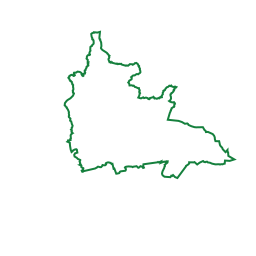 the district of Chinantla, Puebla, Mexico, rotated 48°
{"feature_id": "50627088B55612917364401", "entity_name": "Chinantla", "entity_type": "district", "adm_level": 2, "iso_a3": "MEX", "parent_name": "Mexico", "parent_adm1": "Puebla", "projection": "albers", "projection_center": [-98.289, 18.228], "detail": "fine", "context": "isolated", "style": "outline", "palette": "green", "viewbox_px": 256, "rotation_deg": 48, "n_neighbors": 0, "source": "geoboundaries", "source_scale": "gbopen_adm2", "svg_char_len": 5685}
<svg xmlns="http://www.w3.org/2000/svg" viewBox="0 0 256 256"><g transform="rotate(48 128 128)"><path d="M222.5,70.0L215.9,72.1L213.1,69.9L212.8,70.1L212.1,69.9L210.9,68.8L211.2,71.7L207.2,71.8L205.6,71.2L203.4,71.3L202.1,71.0L198.8,69.1L196.3,71.8L194.4,70.9L193.0,69.8L191.4,69.2L189.2,69.1L184.4,71.2L183.2,72.8L181.9,72.2L180.7,72.5L177.5,71.8L173.1,76.9L171.9,78.0L169.1,79.7L166.2,81.0L165.1,80.7L164.3,80.9L162.9,82.9L159.7,83.9L156.5,85.7L148.5,92.9L144.7,86.7L144.1,85.2L143.7,84.8L143.7,84.3L143.1,83.6L142.9,82.7L142.5,82.4L142.8,80.0L143.1,79.7L142.8,78.9L141.9,78.4L141.5,77.7L141.5,76.9L140.9,76.6L140.5,76.9L139.9,76.7L139.9,77.0L139.3,77.1L139.3,77.3L137.6,78.7L136.6,78.8L136.2,79.3L135.5,79.4L135.7,78.4L135.0,76.4L133.5,75.2L132.4,74.8L131.4,73.9L131.5,73.2L131.1,72.3L131.4,71.8L131.3,70.1L130.5,68.9L130.9,68.7L130.8,68.4L130.2,68.0L130.2,67.4L129.8,67.1L129.7,66.3L130.1,65.0L130.0,64.7L129.5,65.1L129.0,65.1L128.5,65.7L128.6,66.1L127.7,66.9L126.8,67.5L125.4,67.5L125.5,68.1L125.3,68.4L124.2,69.0L124.3,70.5L123.7,71.9L123.7,72.3L123.9,72.8L123.8,73.6L124.5,75.1L124.2,75.9L124.4,76.5L124.0,76.7L124.0,76.9L124.7,77.3L125.1,78.7L126.2,79.5L126.6,81.4L127.8,82.2L127.3,83.0L126.8,82.9L126.6,83.6L126.8,84.1L126.4,84.4L126.4,84.6L126.7,85.1L126.0,85.6L125.6,87.0L124.3,87.7L123.8,88.6L122.9,88.5L122.7,88.2L121.9,88.3L122.0,88.6L120.4,91.8L120.9,92.4L120.8,93.0L120.0,93.5L119.0,93.4L117.4,94.3L116.5,96.1L115.4,96.2L114.7,98.5L113.1,99.6L112.4,99.6L112.2,99.8L111.4,97.8L110.5,96.7L110.2,95.7L109.7,95.6L109.2,95.8L108.6,95.0L108.2,95.0L107.8,94.0L106.6,93.8L105.7,93.2L105.0,94.0L103.1,94.7L102.2,95.4L100.3,95.4L99.9,96.2L98.8,96.6L97.4,98.4L95.8,97.4L94.4,97.4L94.3,96.5L93.9,96.1L93.7,95.3L94.2,92.8L93.2,91.6L92.3,91.6L92.3,91.2L92.4,89.0L93.4,87.8L93.6,85.9L93.9,85.2L94.9,84.5L94.9,83.4L95.1,82.5L94.9,81.5L93.9,80.7L92.4,80.1L92.3,79.8L91.7,79.3L90.5,79.2L89.4,78.3L88.9,78.7L88.3,78.3L86.7,77.9L86.1,78.2L85.3,78.2L84.8,79.2L84.5,79.3L84.5,80.8L84.2,82.1L83.6,82.1L81.8,83.9L81.8,86.1L81.4,86.3L81.1,87.0L80.2,87.5L80.2,88.0L77.2,89.9L76.4,90.3L75.8,90.1L74.6,91.6L74.4,91.6L73.9,92.6L73.6,92.5L73.2,92.7L73.0,93.3L72.4,93.5L72.3,93.9L69.1,96.0L68.6,95.9L68.1,96.9L67.3,96.5L66.7,97.7L64.1,96.7L63.5,96.0L63.4,95.3L62.9,94.5L62.1,94.2L61.9,93.4L60.7,93.6L59.2,93.4L58.9,93.6L58.0,93.4L52.9,94.8L51.0,94.8L50.5,94.6L49.3,92.9L46.6,90.8L45.2,90.2L44.4,90.1L43.9,89.7L43.4,89.7L43.3,89.3L42.3,89.3L41.7,88.8L37.8,84.5L36.6,86.9L34.6,88.7L34.7,89.1L34.4,89.3L33.9,89.5L34.0,90.2L33.5,91.3L33.5,92.4L35.9,94.0L37.2,94.3L37.9,95.1L38.5,95.2L39.0,94.8L39.2,95.0L40.0,95.1L42.0,96.7L42.5,97.7L42.4,99.1L42.9,99.9L42.6,100.7L42.6,101.7L44.5,103.6L45.5,104.2L45.6,105.0L46.5,106.6L47.2,107.3L47.9,107.0L48.1,107.2L47.9,108.1L47.1,109.0L47.1,109.9L47.6,111.0L48.7,112.0L48.8,112.4L50.4,112.3L52.2,114.0L52.7,113.5L53.1,114.5L53.6,114.4L53.8,114.6L53.7,115.2L54.0,115.4L55.0,115.6L55.1,115.8L54.7,116.3L54.9,118.1L55.4,118.3L56.0,120.2L56.5,120.6L56.3,121.7L56.6,122.1L58.2,122.7L58.7,123.6L58.1,124.1L58.0,124.7L59.4,126.2L59.3,126.7L58.5,126.9L57.0,126.6L56.6,125.9L55.5,125.9L54.1,126.3L52.3,127.8L52.1,129.5L50.8,131.1L51.1,131.7L53.2,132.2L53.2,133.1L52.9,133.6L51.6,133.8L50.7,134.4L50.3,135.5L50.2,137.0L50.7,137.2L50.7,138.6L51.1,138.8L52.6,138.8L53.2,139.2L54.4,139.0L54.6,139.4L56.1,138.9L56.8,139.5L57.6,139.5L58.1,140.1L58.6,140.2L59.3,140.0L61.0,141.6L61.4,141.7L62.6,142.6L63.0,143.1L63.1,143.9L63.8,144.2L64.1,144.7L64.8,145.2L65.1,144.9L66.2,145.1L67.2,147.3L67.3,148.9L67.4,150.9L66.8,154.2L66.8,155.6L67.3,158.2L68.6,159.7L68.8,159.9L69.5,159.7L70.3,160.0L71.8,159.7L72.3,160.2L74.0,160.3L76.8,161.3L77.2,162.0L79.3,163.3L79.5,164.0L80.3,164.6L82.5,164.5L83.8,166.1L85.1,165.8L87.6,167.1L89.2,167.6L90.0,168.8L90.2,169.3L90.1,169.6L91.4,170.9L91.2,171.4L92.5,171.6L92.6,172.2L93.6,172.5L94.6,172.5L94.2,173.2L94.7,173.5L94.6,174.0L95.0,175.5L97.1,177.1L97.7,177.6L97.6,178.4L98.5,178.8L98.0,179.9L97.1,180.8L97.6,181.6L97.6,182.2L100.0,181.1L102.3,182.9L105.8,185.1L108.1,186.0L108.2,184.7L107.9,184.1L108.3,182.2L109.1,180.7L109.8,180.5L112.4,182.1L111.4,184.3L112.0,186.0L113.5,186.8L115.8,186.0L117.3,186.0L119.8,184.9L120.3,185.4L120.6,186.5L121.9,186.9L122.9,188.2L123.5,188.1L123.3,188.5L123.8,188.3L123.8,187.6L124.8,187.8L125.8,188.8L127.3,188.5L127.9,188.1L128.5,188.5L128.6,189.2L129.1,189.5L128.7,190.9L129.8,191.3L130.3,190.9L130.4,189.8L136.1,179.5L136.6,177.4L136.5,176.6L136.7,176.1L138.5,174.9L139.1,174.1L138.9,172.6L138.5,171.7L139.6,170.9L140.5,169.7L140.4,168.6L140.1,168.4L140.0,168.6L139.5,168.3L139.4,167.5L140.2,165.8L141.3,164.9L142.3,164.5L142.4,164.2L143.8,164.3L144.2,163.5L148.7,166.0L149.0,165.3L154.1,167.3L154.6,166.6L155.6,164.8L155.5,164.1L155.1,163.4L155.3,162.5L158.0,158.5L157.7,157.7L157.2,157.1L156.5,156.8L155.4,156.8L155.2,156.0L155.7,155.0L156.9,153.3L159.3,151.0L160.2,150.7L160.4,149.8L161.9,147.6L162.0,147.3L162.6,147.1L164.4,147.0L164.8,146.0L164.7,144.3L166.1,143.4L167.8,143.5L168.1,142.7L166.5,142.2L165.3,140.8L173.2,129.1L173.3,128.4L174.1,128.2L175.0,125.6L175.8,127.1L177.2,123.6L178.6,122.9L178.3,121.9L179.3,120.8L180.1,121.8L179.9,125.3L180.2,125.3L181.1,126.2L181.0,126.5L181.9,127.8L183.3,131.3L184.5,133.1L185.5,133.7L186.4,133.9L188.6,133.5L192.9,129.4L192.4,127.7L193.2,127.3L193.1,126.0L195.9,125.9L198.2,124.8L195.3,110.5L195.0,110.2L195.4,107.7L195.3,106.3L194.4,105.5L197.5,102.2L197.8,101.4L201.4,101.0L201.7,97.9L202.8,94.3L203.0,94.2L204.1,94.2L205.1,93.5L205.3,92.7L205.9,91.8L206.8,91.8L208.7,90.3L210.7,89.4L213.5,87.4L215.9,84.5L216.7,84.1L217.2,83.0L218.3,82.0L218.6,80.9L219.2,80.0L217.1,77.7L220.5,74.4L222.5,70.0Z" fill="none" stroke="#15803d" stroke-width="2"/></g></svg>